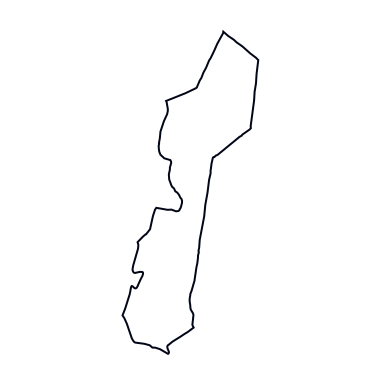 San Carlos Sija, Totonicapán, Guatemala, rotated 12°
{"feature_id": "79465075B11845713959586", "entity_name": "San Carlos Sija", "entity_type": "district", "adm_level": 2, "iso_a3": "GTM", "parent_name": "Guatemala", "parent_adm1": "Totonicapán", "projection": "equal_earth", "projection_center": [-91.578, 15.079], "detail": "fine", "context": "isolated", "style": "outline", "palette": "ink", "viewbox_px": 384, "rotation_deg": 12, "n_neighbors": 0, "source": "geoboundaries", "source_scale": "gbopen_adm2", "svg_char_len": 2529}
<svg xmlns="http://www.w3.org/2000/svg" viewBox="0 0 384 384"><g transform="rotate(12 192 192)"><path d="M171.2,190.8L173.8,192.4L175.5,194.8L177.6,195.6L179.7,197.3L182.0,200.2L183.0,200.8L184.1,202.6L184.5,204.9L184.2,209.9L183.6,211.2L183.6,212.1L182.7,213.4L180.4,214.2L175.5,213.5L171.9,214.5L160.4,214.9L159.5,217.0L158.8,223.8L158.7,237.1L155.9,242.9L155.5,243.0L153.2,246.0L149.2,252.4L150.5,254.8L151.0,258.4L149.8,275.6L149.8,277.9L149.9,279.5L150.0,280.3L150.2,281.0L150.6,281.6L151.1,282.3L151.8,282.9L152.4,283.1L153.2,282.9L153.7,282.8L154.9,282.2L156.6,281.4L158.0,280.9L159.0,280.7L160.0,280.6L160.6,280.8L161.0,281.5L161.1,282.4L161.0,283.9L160.9,284.6L160.6,285.6L159.9,288.2L159.1,291.7L158.7,293.7L158.5,295.0L158.2,295.9L157.9,296.9L157.4,297.6L157.0,298.0L156.0,298.0L155.3,297.7L154.6,297.3L153.9,296.8L153.1,296.5L152.6,296.5L152.3,297.2L152.2,297.8L152.2,298.7L152.2,300.0L152.3,301.9L152.3,305.2L150.9,319.8L149.7,327.2L151.9,329.3L155.8,334.6L158.8,339.7L162.3,345.5L162.9,346.6L163.7,347.8L165.4,349.7L166.6,350.7L167.8,351.1L176.8,350.4L182.5,350.7L185.6,352.4L188.4,351.9L193.4,352.4L202.2,355.3L202.7,354.7L202.8,353.9L202.6,353.1L201.9,352.0L200.7,350.3L200.3,349.4L200.0,348.6L200.0,347.9L200.1,347.4L200.5,346.7L201.1,346.1L203.8,342.7L206.6,339.9L210.4,336.3L214.4,332.2L215.7,331.0L216.6,330.2L221.8,324.3L220.7,322.9L220.0,321.9L219.0,312.1L218.3,310.6L215.2,307.2L214.4,305.3L214.0,303.7L213.5,302.2L212.8,300.5L212.5,299.7L212.0,297.5L211.8,295.4L211.8,294.0L211.7,292.8L211.6,291.9L212.1,289.0L212.9,278.0L212.8,277.3L212.0,264.9L212.0,260.3L211.5,254.9L211.1,253.0L211.2,249.4L210.6,248.3L210.6,245.0L209.5,237.2L209.0,213.5L207.7,201.9L207.3,189.2L206.2,176.6L206.3,169.7L205.8,167.6L205.2,159.8L205.3,154.1L205.7,153.4L206.6,153.2L207.7,151.4L209.1,150.6L215.5,142.6L227.0,128.2L228.8,126.6L229.4,125.3L235.3,119.0L236.3,117.4L235.7,115.4L233.7,89.5L232.4,80.9L232.0,72.4L230.6,63.0L229.4,49.2L226.7,47.4L220.3,44.4L211.0,39.1L204.4,36.3L201.5,34.5L194.9,31.8L189.3,28.7L189.4,30.2L185.9,41.8L184.2,49.9L182.4,57.2L181.4,59.7L179.9,67.7L178.4,72.7L177.4,78.7L176.4,81.3L175.0,88.7L174.2,89.7L165.1,96.7L147.7,108.3L148.5,109.4L150.0,113.1L151.2,116.1L151.5,118.0L151.5,121.0L149.8,128.6L148.6,139.4L149.4,146.5L149.5,151.2L149.8,151.6L149.8,153.7L150.5,156.4L151.6,159.4L153.4,162.1L157.9,164.8L164.2,165.3L164.6,165.8L165.2,166.6L165.6,167.9L165.3,172.7L165.7,174.6L165.7,179.7L167.1,184.5L168.7,187.0L170.1,189.3L171.2,190.8Z" fill="none" stroke="#020617" stroke-width="2"/></g></svg>